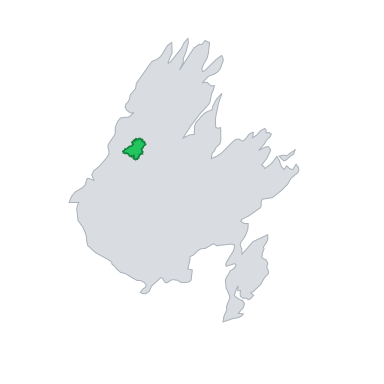 Cahir Lea-4, South Tipperary, Ireland (highlighted), rotated 138°
{"feature_id": "5873133B92286849050160", "entity_name": "Cahir Lea-4", "entity_type": "district", "adm_level": 2, "iso_a3": "IRL", "parent_name": "Ireland", "parent_adm1": "South Tipperary", "projection": "equal_earth", "projection_center": [-7.943, 52.328], "detail": "fine", "context": "in_parent", "style": "filled", "palette": "green", "viewbox_px": 384, "rotation_deg": 138, "n_neighbors": 0, "source": "geoboundaries", "source_scale": "gbopen_adm2", "svg_char_len": 7541}
<svg xmlns="http://www.w3.org/2000/svg" viewBox="0 0 384 384"><g transform="rotate(138 192 192)"><path d="M243.0,83.8L234.9,87.9L233.7,89.4L231.5,95.6L231.2,97.3L226.2,104.2L223.3,105.6L219.1,106.7L216.7,107.9L213.6,107.3L209.8,107.4L207.8,108.6L207.9,109.6L209.1,110.7L216.2,113.8L215.8,115.2L213.8,116.7L201.0,120.4L197.2,122.6L195.9,124.1L197.2,126.6L207.4,134.1L209.2,134.9L210.7,139.3L219.7,141.1L223.4,143.8L226.6,144.5L233.5,144.2L236.3,145.2L237.9,144.5L238.8,143.0L246.5,137.7L244.0,133.8L251.8,127.0L254.0,127.1L257.6,129.1L260.7,132.0L261.7,135.9L264.5,139.3L266.4,140.5L271.4,141.2L272.5,142.6L271.7,147.6L272.4,149.2L285.1,149.1L290.2,146.9L294.5,147.3L296.7,149.6L297.7,151.9L294.0,152.8L290.0,152.3L288.1,153.8L288.0,156.7L289.4,160.5L292.1,163.2L294.2,169.3L296.1,176.0L298.9,180.1L299.5,185.1L299.1,187.6L299.7,192.1L298.5,193.6L299.5,197.8L304.3,211.4L305.3,222.1L303.1,226.0L300.1,229.8L298.1,234.3L296.6,239.2L295.8,247.0L289.2,256.3L286.4,258.5L283.2,260.0L290.4,266.4L284.6,269.3L278.2,270.2L271.0,268.6L266.6,268.8L261.0,272.2L259.8,271.5L257.1,266.2L255.1,271.7L251.1,273.5L244.1,273.1L232.4,274.5L227.9,276.1L226.0,278.6L224.6,281.4L222.8,283.1L220.7,283.9L211.7,286.0L209.9,286.9L205.7,291.4L200.2,294.1L195.6,294.9L191.6,292.2L189.9,290.6L188.1,289.8L181.8,289.9L183.8,290.7L185.1,292.6L185.7,296.2L185.0,299.8L181.9,301.6L178.2,301.9L172.4,305.6L164.8,306.6L160.6,310.0L135.3,315.7L133.9,315.8L130.4,314.3L126.6,313.7L122.8,314.1L112.2,317.3L107.0,316.7L113.7,308.7L122.5,304.7L123.5,303.6L120.6,303.1L103.9,305.9L98.0,308.2L92.2,308.9L94.9,305.3L102.5,300.3L109.0,297.1L111.8,294.2L119.7,290.9L94.3,297.7L87.6,296.9L86.1,295.0L80.9,295.8L79.0,291.2L86.8,284.3L91.3,281.3L96.6,279.7L101.8,277.4L103.7,274.5L101.3,273.6L86.0,274.3L78.7,273.7L79.1,271.5L80.5,269.0L88.2,264.8L92.3,264.1L95.9,264.5L102.4,267.0L111.0,266.2L107.4,263.5L106.9,258.0L104.1,256.1L107.7,253.6L111.7,252.0L118.5,246.8L120.9,246.0L134.1,244.7L148.4,242.0L162.6,238.1L155.4,236.0L151.9,233.2L146.3,238.9L142.3,241.1L130.9,242.2L127.3,241.6L122.3,239.8L120.7,240.5L119.2,241.8L111.7,244.6L103.7,245.3L113.0,240.2L124.7,231.5L127.4,228.8L131.1,224.1L130.0,221.9L127.6,220.7L136.1,211.0L139.1,209.2L144.5,209.0L148.4,207.4L150.2,207.4L151.8,206.8L155.2,203.9L149.9,202.1L144.4,201.1L127.3,202.1L125.1,201.9L123.0,201.0L121.6,199.7L120.6,196.4L119.4,195.7L115.6,195.7L111.8,196.7L109.1,196.6L106.5,195.2L110.7,191.8L105.4,191.0L100.0,191.7L95.5,190.6L95.4,188.5L97.5,186.4L94.8,184.4L94.3,181.9L97.2,180.7L100.3,181.1L106.6,179.2L114.7,178.3L107.8,176.5L105.1,174.9L105.0,172.5L105.5,170.4L113.6,167.0L122.2,165.4L121.6,163.1L122.2,160.7L113.6,160.0L105.0,161.7L106.0,157.0L108.1,152.7L108.6,149.9L108.2,146.9L104.2,148.2L103.8,144.0L102.1,141.1L96.1,143.0L96.4,139.2L98.1,136.6L101.2,135.4L104.3,135.9L110.0,135.8L115.5,133.8L123.4,133.3L136.0,134.0L144.6,139.6L146.9,138.6L150.4,135.0L152.0,134.6L165.1,136.2L173.2,138.3L175.4,137.6L174.2,133.6L171.4,130.9L175.0,127.3L179.2,124.9L182.1,123.6L188.7,122.1L191.5,120.7L193.4,116.1L196.5,112.3L180.0,114.3L164.4,109.7L166.9,106.5L170.2,104.7L175.9,103.3L176.4,101.6L179.3,100.2L184.1,96.6L182.4,91.8L183.3,88.3L186.8,86.1L187.8,82.8L189.4,80.4L196.3,79.6L203.0,77.3L213.3,77.0L215.9,77.9L215.3,74.0L220.2,73.5L222.1,74.3L222.9,77.1L225.1,78.8L225.8,81.9L224.3,84.3L221.9,86.2L224.1,88.0L220.6,91.4L224.4,90.0L229.8,86.7L229.5,83.9L228.6,80.5L227.1,77.4L227.7,74.0L230.7,71.9L238.7,70.9L235.4,67.0L238.3,66.7L241.4,67.5L246.1,70.5L255.9,74.7L251.2,78.4L245.3,81.0L243.0,83.8ZM103.3,158.5L103.1,160.4L99.3,158.1L97.5,155.6L87.1,154.4L91.5,151.9L93.6,152.7L100.9,152.8L103.0,153.8L103.3,158.5Z" fill="#d9dde1" stroke="#a8b0b8" stroke-width="1"/><path d="M194.5,258.5L194.7,258.9L194.6,259.0L194.5,259.5L194.5,259.8L194.6,260.0L194.1,260.3L193.8,260.6L193.7,260.9L193.7,261.0L193.8,261.1L193.9,261.4L194.0,261.5L194.5,261.6L194.7,261.9L194.7,262.0L194.7,262.3L194.6,262.5L194.8,262.7L195.0,262.7L195.1,262.8L194.9,263.0L194.7,263.2L194.6,263.4L194.4,263.5L194.1,263.5L193.8,263.6L193.7,263.7L193.9,264.1L194.0,264.5L194.6,264.4L194.7,264.6L194.6,264.9L194.4,265.0L194.8,265.2L194.7,265.4L194.6,265.5L194.7,265.8L194.8,266.0L194.8,266.4L194.8,266.7L195.0,266.8L195.3,267.0L195.3,266.9L196.0,267.0L196.3,267.2L196.5,267.2L197.3,267.4L197.5,267.4L197.8,267.4L197.7,268.1L197.7,268.3L197.6,268.5L197.7,268.8L197.7,269.0L197.8,269.1L198.0,269.1L198.4,269.1L198.5,269.0L198.8,269.1L199.1,269.1L199.2,268.9L199.3,269.0L199.4,268.9L199.5,269.0L199.8,269.0L199.8,268.9L199.9,269.0L200.0,268.9L200.3,269.0L200.4,268.9L200.5,269.0L200.5,268.9L200.6,269.0L200.9,269.0L201.0,269.0L201.0,268.9L201.1,269.0L201.5,269.0L201.9,268.9L202.1,268.9L202.2,269.0L202.3,269.0L202.8,269.2L202.9,269.3L203.1,269.3L203.2,269.2L203.5,269.1L203.7,268.9L203.7,268.7L203.5,268.4L203.5,268.1L203.5,267.9L203.4,267.8L203.6,267.6L203.6,267.4L203.7,267.1L203.7,266.7L204.1,266.8L204.3,267.0L204.6,267.0L204.7,266.7L204.8,266.7L205.0,266.7L205.7,266.7L206.2,266.4L206.3,266.7L206.5,266.9L206.7,267.0L206.8,267.1L207.3,267.3L207.5,267.6L208.0,267.6L208.6,267.8L208.9,267.8L209.2,267.8L209.7,267.5L209.9,267.8L210.2,267.9L210.6,267.9L211.0,267.7L211.7,267.8L212.6,268.1L212.8,268.3L212.9,268.5L213.0,268.6L213.0,268.8L213.2,268.7L213.5,268.3L213.7,268.1L213.8,268.1L214.4,268.1L214.6,268.2L214.8,268.2L214.8,268.3L215.0,268.3L215.3,268.3L215.5,268.4L215.8,268.5L216.0,268.4L216.3,268.5L216.4,268.4L216.4,268.2L216.3,267.9L216.3,267.7L216.2,267.6L216.3,267.5L216.2,267.5L216.2,267.4L216.1,267.2L216.2,266.9L216.3,266.8L216.4,266.7L216.5,266.6L216.3,266.2L216.1,265.8L216.0,265.7L215.9,265.6L215.9,265.4L215.6,265.2L215.6,264.9L215.4,264.8L215.2,264.8L215.3,264.7L215.1,264.8L214.9,264.8L214.9,264.7L214.7,264.6L214.4,264.4L214.5,264.2L214.3,263.9L214.3,263.7L214.1,263.7L213.9,263.3L213.9,263.2L213.8,262.9L214.0,262.6L214.0,262.3L214.0,262.2L214.1,261.8L214.1,261.7L214.1,261.4L214.0,261.1L214.3,260.9L214.2,260.5L214.2,260.4L214.2,260.2L214.2,259.9L213.8,259.8L213.7,259.8L213.4,259.5L212.8,259.5L212.8,259.3L212.8,259.0L212.7,258.8L212.8,258.8L212.9,258.6L213.3,258.6L213.3,258.2L213.1,258.1L212.7,258.2L212.3,258.2L212.4,258.3L212.2,258.4L211.9,258.3L211.8,258.2L211.6,258.1L211.4,258.1L211.2,258.0L210.8,258.3L210.8,258.2L210.8,257.9L210.9,257.7L211.0,257.7L211.3,257.5L211.2,257.4L211.3,257.3L211.5,257.1L211.7,256.8L211.7,256.6L212.1,256.5L212.3,256.6L212.5,256.4L212.7,256.2L212.9,256.2L213.0,256.2L213.2,255.8L213.1,255.7L213.0,255.4L212.8,255.4L212.7,255.1L212.6,254.8L212.6,254.5L212.5,254.4L212.2,254.0L212.2,253.8L212.2,253.7L212.0,253.8L211.7,253.8L211.1,253.6L210.9,253.5L211.1,253.3L211.0,253.2L210.6,252.9L210.2,253.0L210.3,253.3L210.2,253.6L209.9,253.5L209.9,253.4L209.5,253.3L209.4,253.4L209.0,253.2L208.8,253.1L208.7,253.6L208.2,253.7L208.3,253.9L207.6,254.0L207.2,254.0L206.8,254.2L206.6,254.3L206.2,254.3L206.0,254.5L205.9,254.8L205.8,254.6L205.7,254.5L205.4,254.6L205.2,254.4L204.8,254.4L204.7,254.5L204.5,254.4L204.4,254.2L204.2,254.0L203.9,253.9L203.6,254.0L203.5,253.9L203.5,254.0L203.1,253.9L202.9,254.0L202.9,254.3L202.7,254.4L202.4,254.3L202.2,254.4L202.2,254.5L202.4,254.7L202.5,254.7L202.4,254.8L202.0,254.9L201.9,255.0L201.7,255.1L201.8,255.2L201.6,255.2L201.7,255.8L201.6,256.0L201.6,256.3L201.6,256.5L201.0,257.6L200.8,257.4L200.5,257.4L200.4,257.3L200.0,257.4L199.5,257.8L198.7,257.8L198.2,257.9L198.1,258.1L197.9,258.3L197.5,258.5L197.3,258.5L196.9,258.6L196.5,258.5L196.2,258.5L195.8,258.4L195.7,258.3L195.2,258.4L194.9,258.3L194.5,258.5Z" fill="#22c55e" stroke="#15803d" stroke-width="1.5"/></g></svg>